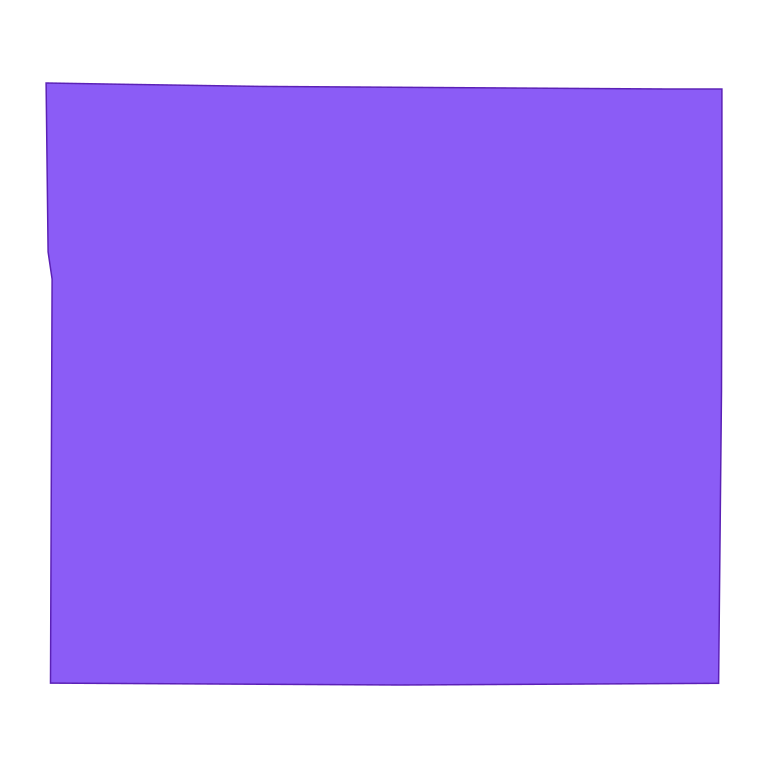 the district of Wayne, Ohio, United States of America
{"feature_id": "52423323B53124474487881", "entity_name": "Wayne", "entity_type": "district", "adm_level": 2, "iso_a3": "USA", "parent_name": "United States of America", "parent_adm1": "Ohio", "projection": "mercator", "projection_center": [-81.875, 40.83], "detail": "fine", "context": "isolated", "style": "filled", "palette": "violet", "viewbox_px": 768, "rotation_deg": 0, "n_neighbors": 0, "source": "geoboundaries", "source_scale": "gbopen_adm2", "svg_char_len": 279}
<svg xmlns="http://www.w3.org/2000/svg" viewBox="0 0 768 768"><path d="M718.6,683.3L721.5,391.3L721.9,227.5L721.9,89.0L664.7,89.0L259.3,86.4L117.2,84.2L46.1,83.0L48.1,251.9L52.1,279.1L50.5,683.1L400.3,685.0L718.6,683.3Z" fill="#8b5cf6" stroke="#5b21b6" stroke-width="1.5"/></svg>